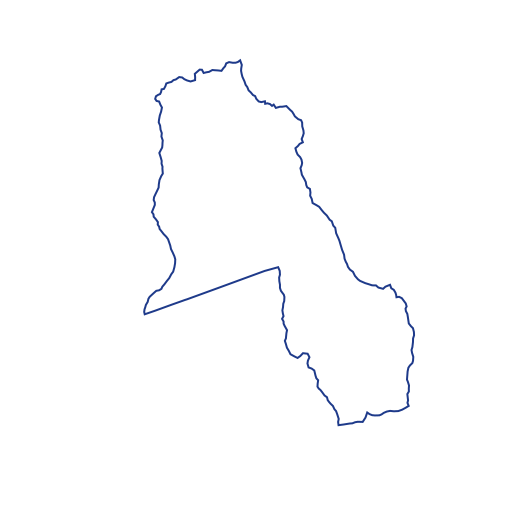 Santo Antônio do Descoberto, Goiás, Brazil (Albers equal-area conic projection), rotated 160°
{"feature_id": "56859067B79602459019082", "entity_name": "Santo Antônio do Descoberto", "entity_type": "district", "adm_level": 2, "iso_a3": "BRA", "parent_name": "Brazil", "parent_adm1": "Goiás", "projection": "albers", "projection_center": [-48.284, -16.072], "detail": "fine", "context": "isolated", "style": "outline", "palette": "blue", "viewbox_px": 512, "rotation_deg": 160, "n_neighbors": 0, "source": "geoboundaries", "source_scale": "gbopen_adm2", "svg_char_len": 4155}
<svg xmlns="http://www.w3.org/2000/svg" viewBox="0 0 512 512"><g transform="rotate(160 256 256)"><path d="M163.8,62.9L163.9,66.2L162.5,68.3L161.0,74.5L158.7,76.4L157.7,79.3L156.5,82.0L156.3,86.0L156.4,88.2L153.0,95.7L151.0,98.9L148.8,100.5L145.7,101.9L144.3,103.8L142.7,107.4L142.5,111.6L142.0,114.5L140.2,116.9L139.0,119.3L137.9,121.5L136.6,124.8L134.6,127.4L133.6,130.6L133.2,134.5L134.4,137.0L135.5,140.3L134.1,147.1L133.6,149.9L134.0,152.9L133.5,155.4L131.7,157.1L131.5,160.2L133.4,166.5L135.5,168.7L138.1,169.2L137.6,171.6L137.5,174.0L138.1,177.1L139.9,179.4L139.9,183.1L144.9,182.9L147.8,181.7L151.8,184.5L153.3,187.3L156.9,188.7L159.8,191.0L162.6,193.1L164.6,195.0L166.8,197.1L168.2,199.3L169.8,203.5L170.3,208.0L172.4,211.1L173.3,214.3L173.2,217.4L173.6,219.9L173.7,223.2L172.8,227.1L173.0,232.3L172.7,237.3L172.4,241.8L172.5,244.5L172.7,247.1L172.9,250.0L171.9,255.4L173.0,258.1L172.9,262.7L174.4,264.9L175.6,269.8L177.4,273.5L178.6,276.8L179.8,280.6L181.8,283.1L184.7,286.4L184.1,290.6L184.5,294.1L183.1,297.1L182.4,300.6L184.4,303.0L184.5,305.4L183.9,308.5L184.2,311.2L185.1,316.7L184.7,319.1L184.2,323.3L182.0,325.7L180.8,327.7L180.3,331.0L180.7,333.8L182.2,337.1L182.4,340.3L182.1,343.8L179.0,345.0L176.7,346.4L173.1,346.8L173.1,350.3L170.9,352.7L169.2,355.0L168.5,357.7L168.2,362.0L167.0,365.6L167.2,368.2L169.5,370.1L171.7,373.9L172.1,376.5L172.7,379.3L174.0,381.7L176.2,386.5L180.3,387.3L182.6,388.1L186.7,388.4L187.6,392.2L189.6,391.6L190.9,394.0L193.1,395.6L195.3,395.9L194.7,398.3L198.4,398.8L200.6,400.3L202.0,403.7L202.1,406.5L203.8,408.3L204.9,411.4L206.3,414.2L206.4,417.7L207.2,420.4L207.1,424.0L207.3,426.4L207.5,429.1L207.2,432.0L206.7,435.1L205.8,437.2L204.0,440.4L204.0,445.3L206.7,444.5L209.1,444.6L211.7,445.5L215.0,447.4L218.1,447.2L220.2,444.8L222.5,443.6L225.1,441.8L228.3,443.4L231.5,444.8L233.4,445.7L237.1,445.1L239.8,445.6L242.6,445.9L243.1,449.5L245.2,450.4L251.2,448.1L252.0,444.9L253.1,442.1L257.8,442.4L260.7,444.5L262.9,446.7L264.3,449.0L267.0,450.4L271.0,449.3L273.4,449.5L275.9,448.5L278.8,448.8L281.3,448.8L283.1,446.5L285.4,444.5L287.7,444.9L289.1,442.6L290.7,441.0L292.9,440.9L295.4,440.3L297.0,438.1L296.4,435.7L294.2,434.3L294.1,430.9L293.6,427.7L295.8,424.1L298.3,421.0L300.6,417.1L301.7,414.8L301.5,411.4L302.5,407.3L302.5,403.7L304.0,400.6L304.1,396.5L305.2,394.2L306.1,392.0L307.1,390.0L309.1,388.2L311.6,385.9L311.8,381.3L312.1,377.6L313.2,375.0L313.3,371.9L314.1,370.0L315.4,365.3L317.6,363.6L320.7,360.4L322.8,356.6L324.1,353.6L326.1,351.6L329.1,348.7L331.7,346.1L333.0,343.6L332.8,340.9L333.6,338.6L336.3,335.6L338.8,332.8L338.1,330.2L338.7,327.9L337.5,324.7L336.6,321.4L337.6,319.1L337.0,316.7L337.3,314.3L336.5,312.0L335.3,308.2L333.7,304.7L332.9,301.9L333.0,295.2L333.5,291.6L333.1,288.0L332.8,283.6L333.0,280.5L334.5,276.9L336.5,273.4L339.2,269.6L341.9,267.8L345.1,264.9L348.3,263.0L351.8,260.7L354.5,259.2L356.1,257.5L358.8,256.9L361.6,257.4L364.4,256.3L367.3,255.1L369.9,254.0L371.7,252.6L373.5,249.9L376.2,247.7L377.6,245.7L379.0,244.0L380.2,241.7L380.5,239.3L369.6,239.1L363.2,239.1L352.0,239.1L340.6,239.0L338.1,239.0L335.6,238.9L325.9,238.9L301.6,238.9L253.0,239.0L239.0,237.9L238.8,233.9L239.9,230.2L241.6,227.9L242.7,224.3L243.3,220.8L244.4,217.8L244.5,214.8L243.8,212.4L243.1,210.1L243.3,207.8L244.9,204.0L246.7,201.8L248.1,198.7L249.8,195.9L250.4,192.8L250.7,190.1L253.0,188.0L252.5,185.0L253.2,182.9L253.0,180.5L252.2,175.7L253.8,173.1L255.0,170.6L256.1,168.3L257.9,166.4L258.0,163.1L258.3,159.3L257.6,155.6L257.2,151.9L254.5,148.8L251.9,146.0L248.7,146.8L245.1,148.6L240.9,146.5L240.4,142.6L243.0,139.9L244.4,137.4L244.7,133.3L242.2,131.2L240.4,128.5L240.7,125.7L241.0,123.2L241.1,120.4L240.1,118.0L241.7,115.0L242.9,112.2L242.4,110.0L241.3,108.1L240.5,105.7L239.3,101.5L237.6,99.0L237.9,96.0L237.2,93.7L236.4,91.6L235.0,88.8L234.7,85.2L233.8,82.9L233.8,79.6L234.0,74.6L235.6,72.0L236.3,68.8L231.3,67.7L225.1,66.5L222.7,65.8L219.8,65.9L217.0,65.4L212.5,63.6L208.4,66.7L205.0,70.9L203.4,68.6L201.3,66.7L198.8,65.5L194.6,64.1L192.2,64.2L189.6,64.9L186.3,65.1L183.0,64.6L179.5,62.9L175.3,61.6L171.2,61.6L167.3,62.2L163.8,62.9Z" fill="none" stroke="#1e3a8a" stroke-width="2"/></g></svg>